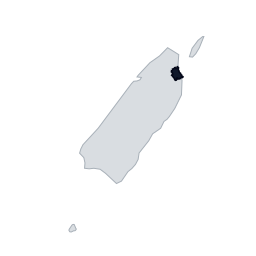 location of Humacao, Puerto Rico, rotated 305°
{"feature_id": "32010507B58001941007009", "entity_name": "Humacao", "entity_type": "district", "adm_level": 2, "iso_a3": "PRI", "parent_name": "Puerto Rico", "parent_adm1": "", "projection": "albers", "projection_center": [-65.812, 18.138], "detail": "fine", "context": "in_parent", "style": "filled", "palette": "ink", "viewbox_px": 256, "rotation_deg": 305, "n_neighbors": 0, "source": "geoboundaries", "source_scale": "gbopen_adm2", "svg_char_len": 2745}
<svg xmlns="http://www.w3.org/2000/svg" viewBox="0 0 256 256"><g transform="rotate(305 128 128)"><path d="M171.7,108.4L174.4,110.2L177.1,110.0L175.0,106.1L177.0,106.1L194.1,108.5L205.1,112.5L216.5,114.4L217.2,127.5L208.5,132.7L202.7,138.2L198.1,144.9L185.8,152.8L171.0,155.1L161.2,155.3L157.6,155.0L154.0,153.7L146.5,154.9L137.4,151.5L129.5,152.3L113.9,151.4L108.1,154.3L102.5,155.0L97.0,154.4L92.3,153.0L80.7,153.1L75.9,150.4L78.0,135.5L78.2,128.8L75.4,123.1L72.3,119.6L70.1,115.5L74.7,112.8L78.4,108.8L79.6,102.8L83.7,101.4L88.5,100.7L110.6,103.7L166.4,105.4L169.6,105.9L171.7,108.4ZM234.7,140.4L227.7,140.9L223.1,140.2L221.6,137.4L230.1,134.8L240.0,135.1L245.7,136.7L246.4,137.7L234.7,140.4ZM15.3,143.7L14.5,143.7L13.7,143.6L13.3,143.4L12.7,142.5L10.2,141.1L9.6,139.8L10.2,138.4L11.2,137.9L16.4,137.8L16.9,137.9L18.0,138.9L18.0,139.5L17.5,140.2L16.5,141.8L16.2,142.2L15.9,142.7L15.7,143.4L15.3,143.7Z" fill="#d9dde1" stroke="#a8b0b8" stroke-width="1"/><path d="M194.2,139.2L194.2,139.4L194.5,139.5L194.8,139.7L194.7,140.0L194.8,140.1L195.2,140.1L195.3,140.1L195.5,140.0L195.4,139.8L195.7,139.6L195.7,139.4L196.0,139.5L196.1,139.3L196.6,139.2L196.8,139.3L197.1,139.5L197.4,139.8L197.4,140.0L197.1,140.3L196.8,140.7L196.9,140.8L196.8,141.0L197.1,141.1L197.3,141.2L197.4,141.3L197.5,141.4L197.5,141.5L197.7,141.9L197.8,141.8L198.2,141.8L198.4,141.9L198.5,142.4L198.9,142.5L199.1,142.5L199.5,142.7L199.9,142.6L199.9,142.8L200.1,143.0L200.2,143.3L200.3,143.5L200.5,143.7L200.9,143.6L201.1,143.8L201.4,143.8L201.4,143.7L201.5,143.7L201.6,143.4L201.5,143.1L201.5,142.9L201.5,142.7L201.5,142.4L201.5,142.2L201.8,141.9L202.1,141.8L202.2,141.7L202.1,141.3L202.1,141.1L202.2,140.9L202.4,140.4L202.5,140.2L202.7,139.9L203.0,139.7L203.0,139.3L202.9,139.0L203.0,138.5L203.3,137.8L203.4,137.7L203.8,137.2L204.1,136.8L204.0,136.6L204.1,136.3L204.3,136.1L204.6,135.8L205.1,135.4L205.8,135.1L206.2,134.9L206.3,134.9L206.4,134.5L206.5,134.2L206.5,133.7L206.4,133.6L206.5,133.3L206.5,133.2L206.4,133.2L206.2,133.3L205.9,133.3L205.7,133.5L205.2,133.6L204.2,133.2L204.5,132.4L204.7,131.9L204.2,131.6L203.9,131.7L203.7,131.6L203.4,131.5L203.2,131.5L202.9,131.4L202.6,131.2L202.4,131.1L201.9,131.1L201.8,130.8L201.7,130.9L201.4,131.1L201.2,131.1L200.8,131.1L200.7,131.1L200.0,131.1L199.6,131.0L199.6,130.9L199.4,131.0L199.1,131.2L199.0,131.4L198.8,131.4L198.8,132.2L198.7,132.6L198.4,132.9L198.2,133.0L198.0,133.4L197.9,133.8L197.4,133.6L197.0,133.5L196.9,133.7L196.6,133.8L196.2,133.6L196.1,134.0L196.2,134.3L196.2,134.6L196.0,134.8L196.0,135.0L195.6,135.6L195.6,135.8L195.6,136.1L195.6,136.5L195.5,137.0L195.3,137.3L195.1,137.3L194.9,137.7L194.8,137.9L194.7,138.1L194.4,138.5L194.3,138.9L194.2,139.2Z" fill="#0f172a" stroke="#020617" stroke-width="1.5"/></g></svg>